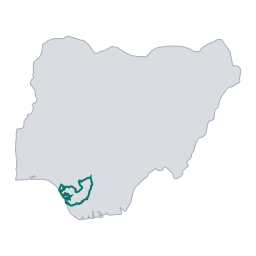 Nigeria, with Delta highlighted
{"feature_id": "NGA-2860", "entity_name": "Delta", "entity_type": "State", "adm_level": 1, "iso_a3": "NGA", "parent_name": "Nigeria", "parent_adm1": "", "projection": "mercator", "projection_center": [5.747, 5.78], "detail": "fine", "context": "in_parent", "style": "outline", "palette": "teal", "viewbox_px": 256, "rotation_deg": 0, "n_neighbors": 0, "source": "natural_earth", "source_scale": "10m", "svg_char_len": 6744}
<svg xmlns="http://www.w3.org/2000/svg" viewBox="0 0 256 256"><path d="M221.4,39.5L230.0,51.6L231.8,60.6L232.5,65.1L234.0,65.6L236.6,65.8L238.6,66.7L239.8,68.2L240.5,69.6L240.6,70.4L240.1,75.8L239.4,77.7L239.8,80.4L239.7,81.5L239.4,82.3L238.2,83.2L236.5,84.0L232.6,86.6L231.5,87.0L229.9,87.0L228.5,87.7L226.8,89.0L223.1,94.2L220.0,99.3L217.8,107.6L215.0,110.2L214.5,112.5L214.1,117.7L213.7,119.3L213.3,119.7L210.3,120.7L208.6,121.9L207.6,124.2L206.3,132.2L205.8,133.5L204.9,134.9L203.4,136.4L202.1,137.2L198.7,137.8L195.5,143.7L195.4,144.8L194.0,150.2L191.6,154.3L191.4,156.9L188.3,160.5L186.7,163.0L188.3,165.5L188.5,165.9L183.2,170.3L182.8,170.9L182.6,173.9L182.2,174.7L181.2,175.8L179.8,177.0L178.3,177.9L176.7,178.6L175.1,178.8L174.2,178.5L173.7,177.5L172.8,173.9L172.4,173.1L171.3,172.4L167.3,168.4L164.8,167.0L164.3,167.1L163.8,167.4L163.1,169.5L162.4,170.2L161.1,170.5L158.9,170.5L157.2,170.2L156.8,169.8L156.1,168.2L151.0,171.9L149.2,172.7L146.9,177.0L143.7,179.2L141.5,181.1L135.6,187.0L134.4,188.7L133.3,191.3L130.7,202.4L126.7,209.3L126.1,210.7L125.9,210.7L125.3,211.3L123.8,210.9L123.0,209.6L122.1,209.4L120.4,207.5L120.0,207.8L121.8,212.6L121.1,214.5L116.2,214.5L111.9,215.1L108.9,215.1L107.4,214.4L106.8,212.6L106.5,212.8L106.4,213.8L105.4,214.5L102.1,214.7L100.6,213.4L99.5,212.1L98.2,211.5L98.4,212.0L99.8,213.4L99.7,215.3L97.0,217.5L95.3,217.6L94.3,216.7L93.7,215.1L93.4,212.8L92.7,211.3L92.4,211.3L92.8,213.8L92.8,216.1L94.1,218.0L92.2,218.5L89.8,218.6L89.5,217.9L89.2,216.4L88.8,216.0L88.3,218.6L83.5,219.3L82.9,219.2L82.7,218.7L83.1,218.0L83.0,216.8L81.9,217.7L81.8,219.5L81.2,219.8L79.3,219.5L77.3,218.6L74.1,216.4L70.1,212.8L69.5,211.1L68.3,209.1L66.2,203.7L66.6,203.4L67.5,203.7L68.0,203.2L66.3,202.8L66.0,202.4L65.9,201.2L66.0,199.7L68.5,198.9L69.0,198.0L69.4,197.1L66.3,198.5L63.4,196.9L62.8,196.0L63.1,195.3L66.4,195.2L67.6,194.5L66.9,194.3L65.6,194.3L65.2,193.8L65.2,192.7L64.8,192.9L64.2,193.9L62.3,194.7L61.1,193.9L61.0,192.3L60.8,191.6L59.8,191.0L56.4,186.6L52.1,183.0L48.3,180.5L42.5,179.3L30.5,179.4L29.8,179.0L30.5,178.5L31.6,178.1L35.5,176.1L34.8,175.8L30.8,177.1L29.4,177.2L27.6,179.6L15.7,180.1L15.8,179.0L16.3,175.8L17.0,173.6L16.2,171.0L16.0,168.5L16.5,167.8L16.7,166.9L16.6,160.6L17.2,159.7L17.2,159.1L16.0,156.4L16.0,154.4L15.8,152.4L15.4,151.5L15.8,143.9L15.7,142.0L16.1,140.7L16.3,137.4L16.2,134.2L17.0,129.1L22.1,128.4L23.4,126.5L24.1,123.9L23.9,121.4L25.5,119.2L27.5,117.3L27.4,115.2L28.0,114.5L28.9,114.0L30.3,113.8L31.8,112.7L32.6,110.8L33.5,107.9L32.2,105.8L32.2,105.3L32.7,104.2L33.5,103.1L34.1,102.7L35.6,103.0L36.1,102.6L37.0,99.3L36.9,98.4L35.6,96.2L34.8,90.2L34.4,89.4L33.3,88.3L30.5,84.1L30.5,82.1L31.7,79.6L32.5,78.3L33.6,77.7L33.8,77.1L33.5,76.3L33.0,75.8L32.8,74.7L33.4,73.1L33.2,71.3L33.5,62.2L35.8,60.5L39.2,57.5L40.9,54.4L41.8,52.1L42.9,44.3L44.7,43.4L48.1,40.6L52.7,38.9L55.7,38.4L60.9,38.8L63.6,38.5L65.8,36.9L66.9,36.5L68.3,36.2L81.4,40.3L82.5,40.1L83.5,40.4L85.2,41.5L89.0,45.2L93.1,51.1L94.3,52.3L95.6,53.0L96.8,53.2L97.8,53.2L98.7,52.6L100.0,51.5L101.9,51.0L103.5,51.1L111.6,46.6L112.4,46.6L117.4,47.5L124.2,52.0L129.8,54.9L133.7,55.9L138.3,56.6L146.1,56.8L152.0,50.5L154.2,49.2L156.8,47.9L162.3,46.8L171.4,46.0L180.0,46.3L185.3,47.4L190.9,49.4L193.3,51.4L197.1,51.7L199.8,51.3L200.7,49.4L203.4,46.8L207.5,44.5L210.9,42.8L213.6,42.0L216.1,40.2L218.0,39.5L221.4,39.5ZM102.4,217.1L100.6,217.7L99.4,217.5L101.0,215.0L101.9,215.6L102.9,215.8L102.4,217.1Z" fill="#d9dde1" stroke="#a8b0b8" stroke-width="1"/><path d="M67.7,203.6L67.6,203.3L68.0,203.3L68.4,203.4L68.2,203.2L67.7,202.6L67.5,202.9L67.4,203.0L67.2,203.0L66.8,203.1L66.6,203.0L66.1,203.1L65.9,203.0L65.9,202.8L65.9,202.2L65.8,201.3L65.4,199.6L65.5,199.3L66.0,199.2L67.2,199.2L67.6,199.1L67.6,199.3L67.8,199.6L68.0,199.5L68.1,199.2L68.4,199.0L69.0,198.8L69.3,198.7L69.6,198.7L69.8,198.9L69.8,198.6L69.3,198.2L69.1,197.9L69.1,197.7L69.1,197.4L69.1,197.1L69.2,196.8L69.5,196.7L70.4,196.6L70.6,196.5L70.8,196.3L71.1,195.9L70.8,196.0L70.5,196.2L70.3,196.4L69.9,196.2L69.9,196.3L69.7,196.4L69.7,196.5L69.2,196.4L68.8,196.6L68.5,197.1L68.6,197.6L68.4,198.0L68.2,198.3L67.9,198.4L67.5,198.2L67.3,198.1L67.2,197.9L66.9,197.9L67.0,198.2L67.1,198.4L67.2,198.6L66.1,198.5L64.0,197.8L63.9,197.7L63.7,197.4L63.1,196.9L62.8,196.6L62.6,196.2L62.6,195.8L62.6,195.6L63.1,195.2L63.4,195.1L65.2,195.1L65.9,195.3L66.3,195.5L66.6,195.2L66.9,194.5L67.1,194.3L67.3,194.2L67.6,194.2L67.9,194.3L68.1,194.4L68.2,194.6L68.3,195.0L68.5,195.1L68.6,194.9L68.6,194.7L68.5,194.4L68.2,194.1L67.8,193.8L67.5,193.7L67.1,193.7L66.9,193.9L66.7,194.4L66.5,194.6L66.2,194.8L65.8,194.8L65.5,194.8L65.2,194.6L65.0,194.4L65.0,194.0L65.4,193.0L65.4,192.7L65.4,192.4L64.8,193.8L64.5,194.2L64.3,194.4L64.0,194.5L63.5,194.6L63.3,194.6L62.9,194.9L62.4,195.1L62.0,194.8L61.7,194.6L61.5,194.2L61.2,193.8L61.0,193.3L60.9,193.0L60.7,192.7L60.6,192.2L60.7,191.8L60.8,191.4L61.0,191.1L61.2,190.9L61.4,191.0L61.8,191.3L62.0,191.2L61.9,190.8L61.9,190.7L62.5,190.1L64.1,189.6L64.5,188.8L64.1,188.9L63.5,189.5L62.7,189.7L61.3,190.5L61.0,190.7L60.1,191.6L59.9,191.6L59.2,190.0L59.1,189.9L61.2,184.7L62.5,185.4L63.4,186.4L63.2,187.7L63.4,188.6L63.8,188.9L64.1,188.8L65.2,187.9L65.1,187.2L65.3,186.8L66.5,186.8L67.1,186.7L67.8,186.8L68.5,187.3L68.8,187.4L69.0,187.5L69.2,187.3L69.3,187.1L70.4,186.4L71.5,186.4L73.7,187.6L74.8,188.7L75.4,189.1L75.9,189.4L75.8,190.1L75.4,190.8L75.5,191.0L75.8,191.4L75.8,191.6L75.8,192.0L76.1,192.1L76.4,192.1L78.3,191.7L79.3,191.0L80.0,190.0L81.1,189.2L81.9,188.3L82.1,187.6L82.1,186.9L81.8,186.7L81.5,186.6L80.3,185.5L79.8,184.6L79.5,183.8L79.5,183.2L78.9,182.1L78.9,181.5L79.2,180.9L79.6,180.5L80.3,180.6L80.8,181.1L81.1,181.7L81.7,181.7L82.5,180.7L83.0,180.4L84.7,179.7L87.0,178.3L88.2,177.8L88.9,177.8L89.5,177.9L90.1,177.7L90.6,177.0L90.6,177.6L90.7,178.1L91.3,180.0L91.4,181.0L91.7,182.0L91.8,182.7L91.9,183.0L92.1,183.5L92.2,184.0L92.2,184.8L92.1,185.1L91.8,185.3L91.5,185.4L91.2,185.7L91.1,186.1L91.1,187.1L90.9,188.1L90.9,188.3L90.9,188.6L90.9,188.8L90.1,189.9L89.7,190.6L89.5,191.1L89.4,191.6L89.3,192.4L88.8,194.6L88.4,195.5L88.4,195.8L88.3,196.4L88.2,196.6L88.1,196.8L87.7,197.2L87.6,197.3L87.2,197.4L87.1,197.5L86.9,197.7L86.8,197.8L87.2,198.7L87.2,199.1L86.9,199.2L84.5,199.6L84.2,199.7L83.8,200.0L83.7,200.1L83.5,200.3L83.4,200.5L83.4,201.0L83.0,201.2L82.2,201.2L81.8,201.3L81.7,201.8L81.7,202.0L81.9,202.3L81.8,202.6L81.6,202.7L81.2,202.9L81.0,203.0L80.9,203.1L80.5,203.3L80.3,203.2L80.1,203.2L79.8,203.1L79.7,203.2L79.1,203.9L78.8,204.1L78.3,204.0L77.9,203.9L77.5,203.6L76.9,203.1L76.6,203.2L76.0,204.1L75.5,204.4L74.9,204.5L74.6,204.4L74.2,204.5L73.9,204.7L73.5,204.8L72.9,205.2L72.2,205.6L71.9,205.6L71.6,205.6L71.1,205.6L70.8,205.3L69.8,204.8L68.9,204.5L68.2,204.0L67.7,203.6Z" fill="none" stroke="#0f766e" stroke-width="2"/></svg>